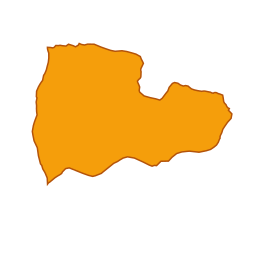 outline of Dekina, Kogi, Nigeria, rotated 194°
{"feature_id": "59680162B92999716235821", "entity_name": "Dekina", "entity_type": "district", "adm_level": 2, "iso_a3": "NGA", "parent_name": "Nigeria", "parent_adm1": "Kogi", "projection": "albers", "projection_center": [7.147, 7.599], "detail": "fine", "context": "isolated", "style": "filled", "palette": "amber", "viewbox_px": 256, "rotation_deg": 194, "n_neighbors": 0, "source": "geoboundaries", "source_scale": "gbopen_adm2", "svg_char_len": 2226}
<svg xmlns="http://www.w3.org/2000/svg" viewBox="0 0 256 256"><g transform="rotate(194 128 128)"><path d="M192.5,54.1L191.8,55.7L191.0,56.4L186.9,62.0L184.7,64.4L182.8,66.2L181.4,67.8L181.0,69.6L178.7,73.5L175.4,75.1L160.9,73.1L154.9,72.5L150.6,72.5L148.1,73.8L143.2,77.3L142.9,77.5L141.7,79.2L133.3,90.3L130.0,93.0L128.1,95.1L125.4,97.7L121.5,99.9L114.5,100.4L105.3,98.7L98.6,97.2L95.4,96.8L93.4,98.1L91.2,98.4L88.0,103.7L84.3,104.7L80.7,105.7L78.2,110.3L74.6,115.0L70.0,117.8L65.4,119.5L62.8,120.4L53.2,121.7L46.5,124.9L42.7,127.2L40.0,130.2L38.0,132.9L36.9,136.2L36.8,137.2L36.6,138.9L36.2,140.5L36.6,141.5L36.5,143.3L35.9,145.9L35.7,149.6L34.7,152.6L32.8,157.6L30.3,162.3L30.6,166.8L34.8,169.5L34.4,171.4L35.9,171.7L37.3,172.7L38.6,174.4L40.3,175.4L41.5,176.7L43.0,180.4L44.1,182.8L47.2,183.2L49.1,183.2L49.3,183.4L51.2,183.7L52.9,183.2L53.6,182.4L54.1,182.4L55.2,182.3L56.6,182.7L58.2,182.6L60.6,182.5L62.5,182.4L64.0,182.0L65.4,181.4L66.9,181.3L69.4,181.1L72.7,181.0L75.9,181.3L78.5,182.5L79.8,183.2L82.4,183.1L84.5,182.1L87.5,182.4L90.4,183.5L93.4,183.4L93.8,183.4L95.7,182.0L97.9,177.4L98.3,173.6L99.7,170.6L102.0,165.1L103.9,162.8L108.1,163.0L113.9,162.8L120.1,163.0L125.3,165.6L126.2,167.0L126.6,170.6L128.3,173.0L129.6,174.6L130.2,175.8L129.4,177.6L128.3,179.1L127.9,180.6L128.3,182.8L128.6,184.1L128.9,185.7L129.5,186.8L129.9,188.4L128.7,194.4L130.1,196.2L131.2,197.4L132.2,198.6L133.3,200.3L138.1,201.6L140.4,201.7L142.6,201.8L147.7,201.9L151.2,201.6L152.5,201.5L159.1,199.3L163.7,199.1L168.7,199.5L173.8,200.0L181.1,201.1L187.5,199.6L190.3,198.0L193.3,197.8L195.8,198.2L196.3,196.3L198.6,194.1L201.1,194.6L206.0,194.9L208.0,192.5L211.4,192.0L214.0,191.8L215.2,191.2L218.0,190.6L219.2,188.3L220.5,187.5L222.6,187.4L224.0,187.1L225.7,186.8L225.3,185.4L224.3,183.5L223.0,181.5L221.8,176.9L221.2,172.4L221.3,168.4L221.3,164.5L221.9,160.6L222.6,158.7L222.4,153.4L223.0,152.1L223.9,149.6L224.8,146.4L225.6,141.6L224.5,136.2L223.6,135.2L223.4,131.0L222.2,127.8L221.6,125.3L221.6,125.1L220.6,121.7L219.4,118.7L220.2,111.6L220.4,107.5L220.0,101.5L218.4,97.8L216.0,92.8L211.2,86.9L208.2,79.4L204.2,72.0L202.6,70.8L200.8,67.7L197.8,64.7L194.3,60.0L192.5,54.1Z" fill="#f59e0b" stroke="#b45309" stroke-width="1.5"/></g></svg>